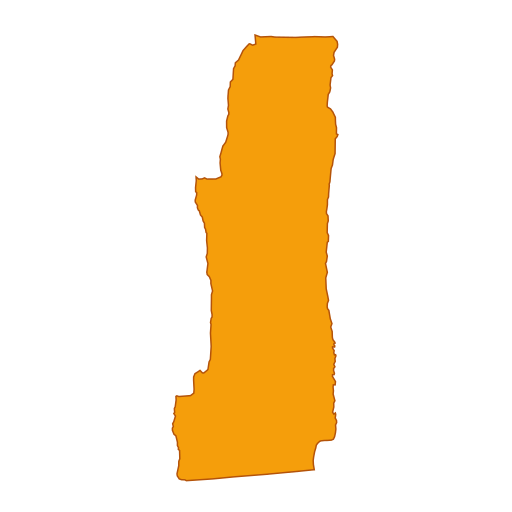 outline of Kimvula, Bas-Congo, Democratic Republic of the Congo, rotated 357°
{"feature_id": "63176286B83971453832478", "entity_name": "Kimvula", "entity_type": "district", "adm_level": 2, "iso_a3": "COD", "parent_name": "Democratic Republic of the Congo", "parent_adm1": "Bas-Congo", "projection": "equal_earth", "projection_center": [16.045, -5.418], "detail": "fine", "context": "isolated", "style": "filled", "palette": "amber", "viewbox_px": 512, "rotation_deg": 357, "n_neighbors": 0, "source": "geoboundaries", "source_scale": "gbopen_adm2", "svg_char_len": 4411}
<svg xmlns="http://www.w3.org/2000/svg" viewBox="0 0 512 512"><g transform="rotate(357 256 256)"><path d="M344.3,40.8L341.1,40.9L336.6,40.9L332.1,40.5L326.1,40.0L322.8,40.0L318.6,39.9L313.1,39.8L307.1,39.8L286.5,38.4L282.6,37.6L272.0,37.5L266.6,35.3L266.9,44.3L264.4,45.1L263.7,45.3L261.0,43.8L260.5,43.8L260.1,43.9L258.9,45.1L258.1,45.8L258.0,46.0L257.9,46.0L253.8,50.2L252.1,53.4L251.1,55.2L248.8,59.4L245.5,62.0L245.1,65.0L243.4,67.7L242.2,78.3L240.9,79.6L239.5,80.9L239.1,85.5L237.2,88.8L236.7,92.9L236.4,94.9L236.4,95.2L236.2,97.2L236.4,104.1L235.6,107.7L236.0,109.7L236.4,111.3L236.3,112.2L236.2,113.1L235.7,113.9L235.2,114.7L233.7,119.7L233.4,126.3L234.6,131.0L234.5,133.0L233.9,134.9L231.7,140.8L229.5,143.5L228.7,144.4L227.6,147.6L226.6,150.7L225.4,154.1L225.1,155.0L225.5,157.5L225.0,161.2L225.2,166.2L225.3,168.6L225.8,170.2L226.3,172.1L226.3,172.3L226.2,173.6L225.3,174.9L225.2,175.1L219.9,177.0L211.1,176.6L208.7,175.3L206.3,176.2L202.8,176.2L200.3,173.9L200.3,177.7L199.3,184.0L199.2,184.6L199.1,188.6L200.1,189.7L200.0,190.9L199.9,192.0L199.6,192.9L198.2,197.0L198.2,198.9L200.2,202.5L200.0,204.7L200.4,206.0L201.0,207.4L201.5,207.7L201.7,207.8L202.7,212.1L204.4,214.3L205.0,218.2L206.2,220.5L206.2,224.9L207.0,226.5L207.4,229.9L208.0,230.6L208.1,230.8L207.5,238.0L207.7,241.7L207.9,245.4L207.5,250.9L206.2,254.3L207.6,261.0L207.3,262.6L206.3,268.2L206.0,269.6L206.1,269.9L206.3,272.0L208.3,274.2L209.7,278.0L209.5,281.2L210.8,288.7L209.5,292.3L209.3,296.1L208.5,308.1L209.1,312.4L208.9,314.7L208.0,315.9L207.1,320.0L207.5,322.1L207.0,326.5L206.5,330.5L206.5,337.3L206.5,344.0L205.0,356.9L203.6,359.3L202.1,366.7L201.2,367.6L197.7,370.1L196.3,369.9L195.8,369.3L194.1,367.3L192.0,368.6L188.9,370.3L187.4,373.5L187.2,376.7L187.2,381.1L187.2,385.9L186.7,389.7L183.3,392.0L180.0,392.1L175.6,392.2L171.6,392.3L169.6,391.5L169.2,391.8L168.7,392.0L168.7,395.6L167.4,402.5L166.8,403.4L166.5,404.0L166.5,405.9L166.6,407.9L165.7,409.0L167.2,411.6L165.2,417.2L164.0,419.1L164.5,422.0L163.5,423.5L163.4,425.6L164.8,429.8L165.9,430.7L166.1,431.0L166.6,431.4L167.5,436.2L167.8,437.9L167.6,441.1L167.9,441.9L168.6,443.3L168.3,445.0L169.5,446.2L169.3,454.5L168.2,456.9L168.0,459.2L167.9,461.3L166.4,466.8L165.7,469.4L165.9,471.5L166.8,473.0L167.7,474.6L169.9,475.5L173.2,475.8L174.7,476.7L174.9,476.7L201.5,476.3L222.1,475.4L256.3,474.5L257.7,474.4L287.4,473.2L301.8,472.5L303.0,472.5L302.4,467.2L302.4,463.2L303.1,459.4L304.3,454.5L305.6,450.9L306.3,448.1L307.7,446.3L309.8,444.5L311.1,444.0L314.6,443.8L317.7,443.9L321.6,443.8L323.7,443.0L325.0,440.6L326.1,436.6L326.7,433.0L326.6,428.9L327.3,427.5L327.8,426.6L327.8,424.6L326.9,422.5L326.6,422.0L327.0,420.2L327.3,418.3L327.3,418.2L327.0,416.9L325.5,418.0L324.3,416.0L325.8,410.9L325.9,406.9L327.2,404.7L325.8,397.9L326.3,394.6L326.2,393.4L326.1,390.7L326.5,388.7L328.3,388.8L328.8,385.6L326.0,380.1L326.1,379.9L326.2,378.5L327.8,378.5L328.2,377.3L327.8,375.7L327.5,374.7L327.6,372.4L329.0,370.8L328.0,368.3L328.1,368.0L329.6,365.4L329.4,362.6L330.6,359.9L330.5,359.6L330.3,358.7L329.2,358.9L328.6,356.7L329.1,354.6L327.6,351.9L327.7,350.7L329.7,351.0L330.0,350.0L329.8,349.8L329.1,348.5L329.2,348.1L329.3,347.4L330.0,347.2L330.3,347.2L330.3,346.4L328.4,343.5L328.0,341.3L328.1,335.3L327.3,332.4L326.9,330.8L328.3,327.5L326.9,322.6L325.9,314.1L325.1,313.0L324.7,312.5L324.7,312.2L324.4,310.6L324.8,307.0L326.1,304.1L325.6,300.2L324.4,292.5L324.5,281.5L326.4,276.0L326.2,274.8L325.0,267.0L326.1,265.2L327.2,259.8L326.3,255.8L327.9,246.0L329.0,245.2L329.5,239.4L328.3,236.4L329.0,227.3L330.0,224.7L330.0,219.7L328.8,217.7L328.6,217.4L328.6,215.3L329.2,212.7L330.0,208.6L330.3,203.5L330.4,203.1L331.5,200.9L331.8,197.4L332.9,189.5L332.8,188.1L333.7,185.8L334.1,182.8L335.2,175.2L335.5,173.2L335.7,172.3L336.5,170.5L337.1,169.2L338.1,163.8L339.0,161.3L340.3,157.9L341.3,143.1L341.8,142.6L342.7,141.6L343.1,141.2L343.3,140.9L343.6,140.3L344.1,139.0L342.7,138.3L343.1,132.1L342.4,128.6L342.4,125.1L342.5,121.6L340.8,117.6L340.3,116.3L338.1,113.0L335.2,111.1L334.9,109.9L335.3,106.2L336.6,98.4L338.2,96.1L338.6,94.8L339.2,92.4L339.3,92.1L339.1,90.6L338.9,89.0L339.0,88.7L340.2,81.8L341.9,79.8L341.8,79.5L341.5,78.0L341.9,75.1L342.0,74.4L342.0,74.1L340.4,71.3L340.8,69.7L341.8,69.1L344.5,65.4L344.8,63.8L344.7,63.1L343.9,59.8L344.6,56.7L345.7,55.2L346.4,54.2L348.2,51.8L348.6,48.9L348.2,45.9L344.3,40.8Z" fill="#f59e0b" stroke="#b45309" stroke-width="1.5"/></g></svg>